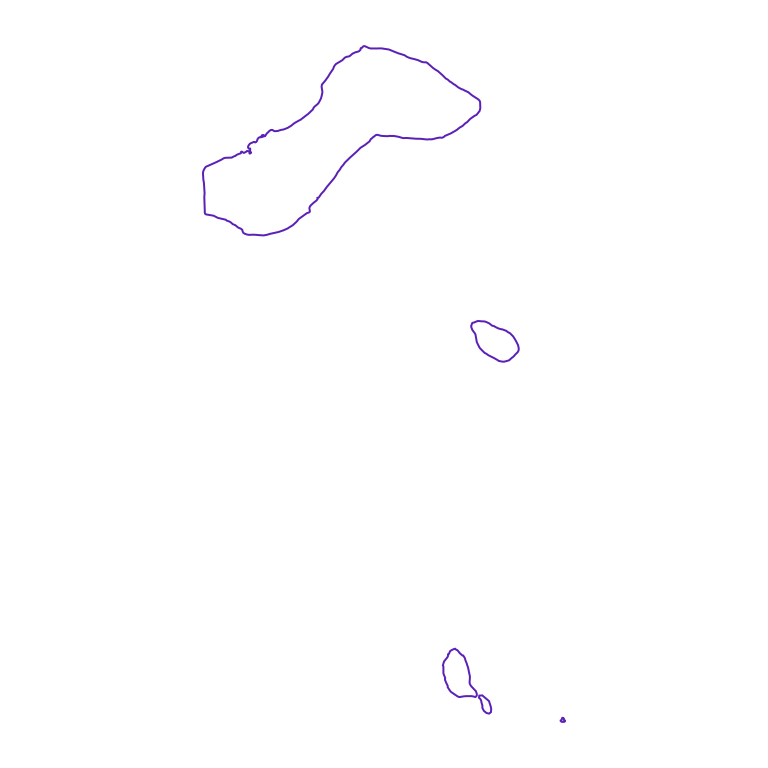 Makimae, Shefa, Vanuatu
{"feature_id": "77236927B14255204108964", "entity_name": "Makimae", "entity_type": "district", "adm_level": 2, "iso_a3": "VUT", "parent_name": "Vanuatu", "parent_adm1": "Shefa", "projection": "orthographic", "projection_center": [168.399, -17.15], "detail": "fine", "context": "isolated", "style": "outline", "palette": "violet", "viewbox_px": 768, "rotation_deg": 0, "n_neighbors": 0, "source": "geoboundaries", "source_scale": "gbopen_adm2", "svg_char_len": 5355}
<svg xmlns="http://www.w3.org/2000/svg" viewBox="0 0 768 768"><path d="M444.5,136.3L444.9,135.9L450.6,133.5L455.2,130.9L456.8,129.9L459.8,127.5L462.5,126.0L465.4,123.2L467.2,122.1L470.2,118.9L474.4,115.9L476.6,114.8L479.1,111.6L479.6,111.0L480.3,108.3L480.1,102.2L479.6,100.7L478.2,99.3L472.3,95.5L470.4,94.0L468.3,92.2L466.3,91.3L465.4,90.8L464.7,90.6L463.5,89.8L461.2,89.0L458.1,87.3L455.0,84.8L454.0,84.4L451.4,82.4L449.7,81.4L447.9,79.7L445.8,78.5L442.4,75.1L437.9,71.1L435.5,69.7L433.1,68.0L427.4,63.0L426.2,62.3L424.5,62.3L422.3,62.1L421.0,61.5L417.9,60.1L414.3,59.1L410.9,58.3L409.5,57.9L406.9,56.8L404.5,55.2L398.0,53.2L388.9,49.5L384.3,48.8L381.7,48.4L370.9,48.5L369.1,48.1L365.1,46.3L364.3,46.1L363.2,46.4L361.8,47.9L360.9,48.1L360.6,48.5L360.5,49.7L359.2,51.1L357.5,51.8L355.4,52.3L352.8,53.5L351.6,54.4L350.2,55.7L348.7,56.5L346.6,56.8L344.9,57.6L342.2,60.3L336.1,63.9L334.9,65.2L334.0,66.6L333.1,69.0L330.0,73.5L328.1,76.7L325.3,80.6L321.9,84.6L321.6,86.8L321.7,87.4L322.3,91.0L322.4,92.1L322.1,94.0L321.1,98.1L319.9,100.6L318.7,102.8L317.5,104.2L314.6,106.6L313.6,107.8L312.8,109.5L308.1,114.0L307.1,114.7L300.6,119.7L299.5,120.3L299.2,120.4L294.4,123.1L291.1,125.8L287.6,127.9L284.3,129.2L283.0,129.6L281.0,129.9L277.6,131.0L274.8,131.2L273.6,130.8L272.6,130.0L271.7,129.9L270.8,130.0L269.1,131.2L267.8,132.6L266.8,133.4L265.2,136.0L263.2,136.6L263.9,135.8L263.7,135.1L262.9,135.0L262.0,135.3L261.2,136.6L258.7,137.7L258.4,138.0L257.5,139.2L257.1,140.7L256.3,141.9L255.2,142.4L254.6,142.0L253.6,142.0L251.4,143.0L251.0,143.1L249.8,143.8L248.6,145.4L248.1,146.5L248.1,147.6L248.7,148.5L249.0,148.7L250.1,148.6L250.2,148.8L250.1,151.1L250.7,152.2L251.0,152.4L251.0,152.8L250.4,153.4L249.6,153.5L249.5,153.4L249.3,151.7L248.8,151.2L246.9,151.0L246.4,151.6L244.2,152.8L243.5,152.8L242.2,151.8L241.3,151.7L241.1,151.9L240.9,153.1L240.7,153.4L239.7,153.6L236.5,154.9L235.6,155.8L233.7,156.5L231.7,157.6L225.4,157.8L223.6,158.3L221.2,159.8L218.2,161.2L216.9,161.9L209.0,165.4L208.2,165.8L207.1,166.2L205.9,166.8L205.3,167.4L203.9,169.7L203.1,171.9L203.0,174.0L203.4,180.1L203.9,182.5L204.6,193.4L204.3,197.0L204.8,211.6L204.7,211.9L205.0,213.6L206.0,214.4L213.6,215.7L217.9,217.9L225.7,219.7L226.7,220.6L229.1,221.4L230.7,222.3L232.7,224.1L235.3,225.2L238.2,227.6L241.1,228.8L241.5,229.2L242.3,229.9L242.7,231.6L243.4,232.9L244.7,233.7L246.9,234.5L249.2,234.9L252.3,234.7L255.8,234.8L257.5,235.0L263.2,235.4L264.3,235.3L267.8,234.6L269.4,234.0L278.5,232.0L282.3,230.7L282.6,230.5L283.0,230.5L287.8,228.4L288.4,227.9L292.8,225.2L296.5,221.8L298.8,219.0L300.0,218.1L306.8,213.2L309.1,212.4L309.7,211.9L309.9,211.1L309.5,209.3L309.4,208.0L310.0,206.3L311.4,204.8L313.7,202.7L316.6,200.4L317.6,199.0L317.4,197.9L317.6,197.8L318.4,197.7L319.0,197.2L321.2,193.9L324.0,190.9L326.7,187.1L331.4,181.5L334.0,178.4L336.0,175.4L337.6,172.4L340.0,169.4L341.1,167.4L343.5,164.6L344.7,162.8L349.9,157.7L356.8,151.5L360.6,147.7L364.9,145.0L369.1,141.7L369.6,141.3L370.8,139.1L371.9,138.3L373.4,136.9L373.9,136.7L375.6,135.2L377.0,134.8L377.4,134.8L379.6,135.4L381.1,135.8L383.3,136.0L387.6,136.2L389.6,135.9L392.4,136.0L393.5,135.9L398.6,136.8L403.0,138.1L406.9,138.0L415.7,138.7L420.7,138.8L424.1,139.2L427.7,139.5L429.2,139.2L431.0,139.4L431.9,139.2L432.7,139.2L437.1,138.0L439.7,137.6L440.7,137.6L441.6,137.8L443.0,137.4L444.4,136.5L444.5,136.3ZM511.0,358.6L512.0,357.7L513.5,356.6L515.5,354.3L517.6,352.3L518.1,351.4L518.6,350.3L518.7,349.1L518.7,348.1L518.0,345.0L515.7,340.5L513.3,336.6L511.1,334.3L509.7,333.0L508.1,332.3L506.4,330.9L502.7,329.5L500.3,329.0L498.9,328.6L497.7,328.1L495.6,327.1L494.2,326.2L492.0,325.6L489.3,323.4L485.6,321.7L484.0,321.4L481.4,321.3L479.6,321.1L478.4,321.0L477.4,321.1L473.6,322.7L473.0,322.7L472.5,322.9L472.2,323.1L471.2,325.9L471.4,327.5L472.4,330.0L475.1,333.7L475.4,334.3L475.7,335.8L476.8,342.0L477.8,344.2L479.7,347.9L482.6,350.9L484.5,352.8L486.4,353.8L488.5,355.3L494.5,358.3L496.3,359.4L497.2,359.8L498.7,360.9L502.1,361.6L504.1,361.7L508.6,360.5L509.2,360.2L510.4,359.1L511.0,358.6ZM448.1,687.8L449.7,690.3L450.7,691.6L451.4,692.2L457.9,696.6L459.2,697.0L459.8,697.0L461.8,696.7L464.0,696.3L467.1,696.1L471.2,696.1L473.1,696.4L475.2,697.0L475.7,696.8L476.6,695.8L476.8,695.3L476.8,694.1L476.5,692.9L475.9,691.2L471.0,686.0L469.9,684.0L469.7,683.4L469.6,682.0L469.9,677.9L469.9,676.3L468.7,670.8L468.2,668.0L467.5,665.9L467.1,664.9L466.6,663.1L466.0,661.7L465.4,660.2L465.3,659.6L464.7,657.8L463.2,655.5L462.4,655.5L459.7,653.1L459.6,652.9L457.4,650.2L456.0,649.6L455.2,648.8L454.9,648.7L453.1,649.4L452.1,649.9L450.5,650.8L450.0,651.3L449.0,653.8L448.5,653.9L448.1,654.2L448.0,654.8L448.1,655.7L447.6,656.9L446.8,658.1L446.3,658.6L444.1,661.4L443.6,662.9L442.9,665.4L443.4,666.4L443.4,673.2L443.7,674.3L445.2,678.0L445.1,678.4L445.0,679.3L445.0,679.8L445.6,681.3L446.1,682.6L447.7,685.8L447.7,687.2L448.1,687.8ZM490.9,712.2L491.2,709.0L490.7,706.4L489.6,703.0L489.0,701.1L486.8,699.2L485.0,697.7L482.3,695.4L479.3,695.6L479.0,697.8L480.2,698.8L481.1,700.4L481.6,703.0L482.4,705.5L482.4,708.0L483.9,710.9L486.5,713.0L489.1,713.6L490.9,712.2ZM561.9,718.9L561.6,719.9L560.7,720.4L560.6,720.8L560.9,721.2L561.7,721.8L562.1,721.9L563.8,721.9L564.5,721.7L564.8,721.5L565.0,721.1L565.0,720.6L564.4,720.4L564.0,720.0L563.9,718.9L563.4,718.0L562.3,717.9L561.9,718.9Z" fill="none" stroke="#5b21b6" stroke-width="2"/></svg>